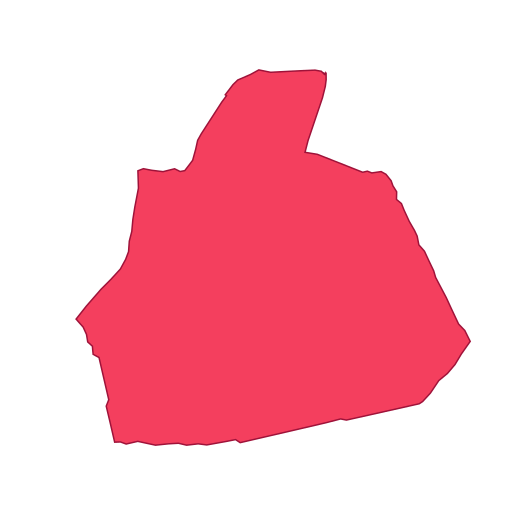 outline of Heiban, South Kordufan, Sudan, rotated 77°
{"feature_id": "16777658B58356083218961", "entity_name": "Heiban", "entity_type": "district", "adm_level": 2, "iso_a3": "SDN", "parent_name": "Sudan", "parent_adm1": "South Kordufan", "projection": "albers", "projection_center": [30.437, 11.168], "detail": "fine", "context": "isolated", "style": "filled", "palette": "rose", "viewbox_px": 512, "rotation_deg": 77, "n_neighbors": 0, "source": "geoboundaries", "source_scale": "gbopen_adm2", "svg_char_len": 1535}
<svg xmlns="http://www.w3.org/2000/svg" viewBox="0 0 512 512"><g transform="rotate(77 256 256)"><path d="M387.4,66.5L375.6,69.3L367.9,73.9L351.3,77.5L339.3,80.0L317.3,85.8L310.4,86.2L299.2,88.7L289.2,90.8L281.8,94.8L272.9,94.5L266.9,95.8L256.7,98.9L244.7,101.4L237.6,102.5L232.5,106.4L225.1,104.5L218.4,106.8L213.1,107.4L205.6,111.0L201.9,115.1L201.1,124.5L198.4,128.4L198.4,133.2L170.7,173.4L166.0,184.9L155.2,179.3L116.9,155.7L106.3,150.3L100.0,148.0L93.7,146.6L93.3,146.8L94.6,147.3L94.1,147.7L94.4,147.8L93.4,148.5L94.0,148.7L93.4,149.1L90.7,150.8L88.2,156.6L85.9,168.9L83.2,183.9L80.3,200.4L75.3,211.4L77.9,220.6L80.2,233.1L80.4,234.2L83.8,239.8L92.0,249.7L92.5,249.3L93.2,248.7L98.3,254.7L124.6,281.8L130.1,286.8L138.5,290.8L148.5,296.2L152.7,301.2L156.8,306.2L156.6,310.9L152.7,315.7L152.9,327.6L149.0,338.4L145.6,346.1L146.4,351.9L163.5,355.3L180.9,363.0L192.8,367.8L204.1,371.5L213.0,376.1L223.1,379.2L230.0,383.8L238.2,391.1L246.3,402.9L253.5,414.4L266.6,432.5L277.0,445.5L280.9,443.4L286.4,440.4L294.3,438.8L301.9,439.3L307.1,435.7L311.2,436.3L315.2,436.8L319.6,431.8L339.4,431.8L357.9,431.8L359.6,431.8L362.9,431.8L368.6,435.7L385.7,435.6L387.2,435.6L400.4,435.6L405.6,435.6L406.7,429.9L410.0,424.8L410.0,412.9L414.0,404.4L417.7,396.5L419.3,383.6L421.0,373.7L424.7,366.2L426.0,354.6L429.0,346.5L430.0,326.4L430.3,317.2L434.3,313.4L434.2,225.6L433.8,210.2L436.2,204.8L436.7,130.2L435.3,126.4L428.8,116.9L418.5,105.9L413.5,95.9L406.5,86.5L397.8,78.1L387.4,66.5Z" fill="#f43f5e" stroke="#9f1239" stroke-width="1.5"/></g></svg>